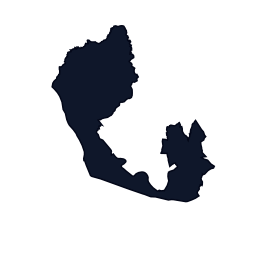 the district of Calamar, Bolívar, Colombia, rotated 143°
{"feature_id": "7082276B23618457670611", "entity_name": "Calamar", "entity_type": "district", "adm_level": 2, "iso_a3": "COL", "parent_name": "Colombia", "parent_adm1": "Bolívar", "projection": "robinson", "projection_center": [-75.024, 10.234], "detail": "fine", "context": "isolated", "style": "filled", "palette": "ink", "viewbox_px": 256, "rotation_deg": 143, "n_neighbors": 0, "source": "geoboundaries", "source_scale": "gbopen_adm2", "svg_char_len": 5742}
<svg xmlns="http://www.w3.org/2000/svg" viewBox="0 0 256 256"><g transform="rotate(143 128 128)"><path d="M112.2,31.1L112.1,33.8L111.8,34.0L111.7,34.6L111.1,35.3L107.9,36.3L107.0,37.9L105.0,38.4L104.8,39.1L104.1,39.2L103.6,38.6L103.5,37.6L102.9,37.9L101.6,39.6L101.6,40.5L101.3,39.9L101.0,40.3L100.8,42.3L100.1,43.8L98.5,44.7L97.5,45.6L96.6,45.7L96.4,46.0L96.4,45.6L95.9,45.7L95.5,45.4L94.5,45.1L89.8,45.9L88.3,45.8L86.3,45.6L83.8,44.6L82.1,45.5L83.5,49.4L83.8,54.4L86.0,57.4L87.2,60.1L85.7,59.8L83.0,58.3L83.6,64.1L82.5,65.0L81.6,67.3L81.1,68.0L80.0,70.5L78.5,73.1L74.7,72.9L73.2,74.0L71.1,74.4L71.2,76.2L70.1,79.5L70.3,82.5L69.5,93.4L71.1,93.0L72.5,92.0L73.0,92.5L74.0,92.3L74.8,91.9L75.6,90.9L77.7,89.5L78.8,89.0L79.1,88.4L79.8,88.1L80.6,86.6L80.9,86.9L81.7,86.0L82.0,85.9L82.3,86.1L82.4,85.4L82.9,85.4L83.2,84.7L84.3,83.8L85.6,83.3L87.5,81.8L87.3,83.0L86.3,83.8L86.1,84.7L86.4,85.4L86.4,86.9L86.8,87.5L87.1,88.9L86.8,91.8L86.5,92.8L85.0,95.0L84.3,96.8L85.9,97.5L85.7,98.0L84.4,98.8L83.8,101.4L84.6,101.5L85.5,101.2L86.5,101.6L87.7,101.4L89.5,101.6L92.1,104.5L92.5,104.4L93.4,104.8L94.5,104.0L95.9,105.3L96.4,105.2L98.2,103.3L99.0,100.9L100.3,100.9L100.6,99.7L101.1,99.5L101.4,99.0L101.4,97.7L102.5,96.4L102.7,95.7L103.2,95.1L103.9,94.6L105.0,96.3L107.0,98.1L108.6,96.6L110.8,92.6L113.9,90.3L114.9,88.9L116.2,88.5L116.8,87.9L112.1,84.2L113.4,81.7L114.2,79.4L115.2,78.0L117.7,72.2L114.6,72.4L112.1,72.0L111.2,71.5L111.7,70.2L111.4,68.2L111.5,67.8L111.7,67.4L111.6,67.7L112.3,67.2L112.2,67.1L112.4,66.9L113.1,66.9L114.4,67.1L115.6,66.8L117.0,66.8L120.6,68.1L121.1,68.0L122.2,68.3L122.9,67.5L123.4,67.4L125.2,65.3L126.6,62.7L126.6,61.7L127.1,61.6L127.5,61.0L131.2,58.4L136.7,56.1L136.8,56.4L138.9,57.5L139.9,58.4L140.4,59.6L140.3,59.9L140.8,59.1L140.9,59.5L142.0,59.6L141.4,59.4L141.4,59.2L142.5,59.8L144.0,65.1L144.4,69.1L144.2,72.7L143.5,74.4L141.7,76.5L141.2,78.0L141.0,80.1L141.5,82.3L142.6,83.8L143.6,84.6L146.4,86.0L149.1,86.5L151.8,86.0L153.3,86.5L155.4,94.5L156.1,98.1L156.7,99.8L156.6,101.2L156.2,101.8L155.1,102.2L152.9,101.9L150.8,102.2L150.0,102.4L149.4,103.5L149.7,104.9L150.4,106.1L152.6,108.3L153.8,109.0L155.0,110.5L155.4,112.8L155.4,116.1L157.6,116.3L156.3,118.5L155.4,119.2L155.0,120.1L154.9,121.3L155.5,133.5L157.2,136.5L155.8,140.8L156.2,142.9L154.5,144.7L153.2,144.5L152.4,145.4L151.4,144.6L150.2,146.9L148.8,146.2L147.6,147.1L147.0,146.1L147.1,152.3L145.3,151.7L144.9,151.2L143.2,151.2L141.3,150.5L137.8,148.8L134.9,148.6L133.8,148.3L131.3,148.9L130.7,149.6L127.9,149.9L126.7,150.9L125.2,151.4L121.4,151.3L120.8,151.7L120.4,152.5L119.1,153.2L118.5,153.2L116.9,152.0L115.2,151.3L111.8,151.8L109.8,151.4L108.9,150.6L106.9,150.4L104.7,151.9L104.5,152.6L103.8,153.1L102.1,155.5L101.5,156.5L101.0,159.4L100.6,160.1L98.8,160.8L98.0,161.6L96.9,161.8L96.1,161.7L95.2,160.7L92.3,160.3L91.4,162.2L89.1,162.6L88.7,165.4L89.1,165.5L89.9,167.2L89.8,167.8L89.0,169.8L87.4,171.4L86.7,171.7L87.2,173.4L88.0,175.0L86.6,176.4L86.3,177.7L86.9,178.6L86.8,179.3L87.1,180.3L86.1,180.9L85.4,180.7L84.6,181.1L81.1,180.8L80.1,182.1L80.0,183.9L80.7,184.9L80.7,185.5L81.9,186.0L81.1,186.7L80.8,186.6L80.7,186.8L80.1,186.6L80.1,187.6L79.6,187.7L79.5,188.1L79.1,188.1L79.0,188.4L78.7,188.3L78.4,188.6L78.1,188.4L78.0,188.9L77.6,189.0L77.7,189.3L77.3,190.4L77.1,190.3L77.1,190.7L76.9,190.7L77.1,191.8L76.4,191.5L76.0,191.8L76.3,191.9L76.0,192.1L75.8,192.7L76.2,193.0L76.3,193.8L76.0,194.1L76.0,194.5L75.7,194.5L75.0,195.1L74.7,195.1L74.9,195.8L74.5,195.6L74.4,196.0L74.1,195.7L73.9,196.2L74.1,196.2L74.1,196.4L74.3,196.6L74.1,196.8L73.9,196.6L73.9,197.0L75.0,197.4L75.4,197.9L75.0,198.0L75.2,198.3L74.9,199.2L73.9,199.9L73.9,200.1L73.4,199.9L72.9,201.8L73.3,202.2L73.4,203.7L72.8,204.3L71.8,204.8L71.8,205.1L70.8,206.7L70.7,207.5L71.0,208.1L70.6,208.4L70.6,209.0L70.3,209.4L70.6,210.0L70.3,210.2L70.1,211.8L70.6,212.6L71.7,213.6L73.2,214.4L74.4,214.6L74.9,215.3L75.9,215.6L76.1,216.0L76.1,216.8L77.6,217.6L78.3,217.2L78.4,217.4L79.0,216.7L78.9,216.9L80.0,217.3L80.6,216.8L80.7,217.1L80.9,217.0L81.1,217.6L81.7,217.7L82.0,217.1L82.6,216.8L83.0,216.0L83.3,216.0L83.4,215.5L84.2,215.0L84.6,214.9L84.8,215.2L85.4,214.8L85.6,214.3L87.4,214.0L88.1,214.2L88.9,213.5L88.9,213.0L89.8,213.2L90.3,212.3L92.7,211.7L94.4,212.6L95.9,212.3L97.2,212.8L97.7,212.5L100.5,212.8L101.9,214.9L102.2,215.8L102.2,216.3L105.3,218.5L106.2,220.0L106.4,221.6L107.5,222.5L107.8,222.4L108.7,220.3L108.6,219.6L109.0,219.3L109.7,219.7L109.8,220.1L110.9,221.0L111.5,220.6L111.8,220.0L112.5,220.1L113.2,219.3L114.5,219.6L115.4,219.3L115.8,219.6L116.5,219.6L117.0,220.6L117.9,220.2L118.3,220.3L119.0,221.9L119.1,222.7L119.6,222.6L120.0,223.2L120.6,222.1L120.9,222.1L121.1,222.5L121.3,222.2L121.9,222.3L121.4,223.0L121.9,223.1L121.9,223.5L121.6,223.6L121.9,224.2L122.5,223.8L123.7,223.6L124.3,224.2L124.7,224.1L124.9,223.9L125.5,224.3L126.1,224.2L127.0,224.9L127.0,223.9L127.5,223.3L130.2,224.5L130.9,224.3L132.1,222.9L132.6,223.0L132.6,222.4L133.0,222.3L133.4,221.5L133.6,221.8L134.1,221.8L135.1,221.1L135.5,221.4L136.9,220.7L137.6,219.8L138.8,219.1L138.6,218.4L139.2,217.3L142.0,217.5L143.1,217.0L144.1,216.9L145.0,217.0L145.5,217.9L146.1,218.0L147.5,216.1L148.0,214.8L150.2,212.2L151.1,212.4L152.1,211.6L153.0,211.7L154.2,211.4L155.6,210.0L156.8,210.1L159.1,209.8L160.6,209.1L160.9,209.1L163.8,206.5L163.3,203.4L163.0,198.7L163.4,194.3L165.0,188.5L168.6,181.8L169.1,177.4L171.8,171.5L172.8,167.8L173.1,165.4L172.6,159.5L172.7,154.7L173.3,152.5L173.8,147.7L175.0,141.6L177.1,135.2L178.8,132.9L181.8,130.2L182.8,128.5L182.2,128.1L183.7,123.3L186.5,112.6L186.0,111.2L180.5,104.0L163.8,78.4L155.7,66.4L155.6,66.5L151.2,59.5L147.4,56.4L139.0,46.2L136.4,44.8L134.7,43.4L126.1,34.4L124.7,33.6L120.4,32.3L116.4,31.4L112.2,31.1Z" fill="#0f172a" stroke="#020617" stroke-width="1.5"/></g></svg>